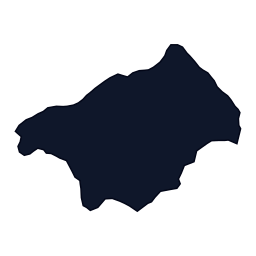 Eptakomi, Cyprus (Mercator projection)
{"feature_id": "46923920B67887725742244", "entity_name": "Eptakomi", "entity_type": "district", "adm_level": 2, "iso_a3": "CYP", "parent_name": "Cyprus", "parent_adm1": "", "projection": "mercator", "projection_center": [34.034, 35.451], "detail": "fine", "context": "isolated", "style": "filled", "palette": "ink", "viewbox_px": 256, "rotation_deg": 0, "n_neighbors": 0, "source": "geoboundaries", "source_scale": "gbopen_adm2", "svg_char_len": 1305}
<svg xmlns="http://www.w3.org/2000/svg" viewBox="0 0 256 256"><path d="M137.3,211.2L147.8,203.3L151.5,201.8L154.9,197.3L160.4,191.3L170.5,189.4L176.9,188.3L180.2,183.8L178.4,179.0L181.3,173.0L184.3,165.5L194.0,161.7L196.6,150.9L201.9,147.1L207.1,143.4L211.5,140.7L218.3,140.4L224.6,140.4L228.3,140.0L236.9,143.7L238.8,135.9L240.6,128.7L238.8,125.4L238.4,118.6L239.9,112.6L238.0,109.3L235.0,106.3L230.9,99.9L227.6,95.8L222.0,91.7L217.1,86.8L214.2,80.8L210.8,76.7L207.8,72.9L202.6,69.9L199.2,67.3L194.8,61.7L189.9,56.1L186.9,53.1L182.5,47.1L177.6,44.8L170.9,44.8L166.8,50.4L164.9,55.7L162.7,58.7L160.1,62.1L156.3,65.1L153.4,67.3L148.5,69.9L144.8,70.3L139.2,70.7L132.8,72.9L127.6,77.0L122.4,75.5L117.9,74.1L110.1,77.8L104.9,81.2L95.2,88.3L90.0,92.8L86.6,95.4L82.9,99.5L78.4,102.9L73.5,105.1L67.2,106.3L63.1,106.6L56.4,106.3L47.8,107.8L43.3,111.5L38.1,113.8L32.1,117.5L26.2,119.8L19.1,125.4L15.4,131.4L21.3,136.6L20.2,141.9L18.0,146.4L19.5,152.0L24.3,155.3L29.9,153.9L33.3,151.2L37.7,148.2L43.7,149.7L46.3,153.1L51.2,153.5L56.4,156.1L59.7,158.0L66.5,160.6L69.1,165.5L72.4,171.8L75.0,177.1L79.9,180.5L80.3,184.2L81.0,188.7L81.4,197.7L83.2,205.6L86.6,207.4L90.3,210.4L97.8,207.4L105.2,198.8L112.3,198.4L119.8,201.1L124.6,203.3L129.5,205.9L137.3,211.2Z" fill="#0f172a" stroke="#020617" stroke-width="1.5"/></svg>